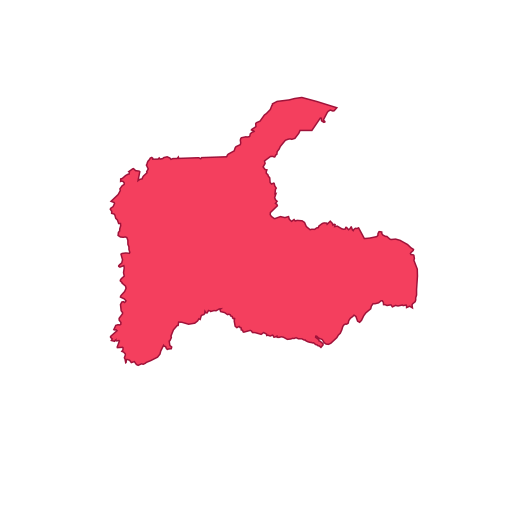 outline of Teotlalco, Puebla, Mexico, rotated 220°
{"feature_id": "50627088B33545228853409", "entity_name": "Teotlalco", "entity_type": "district", "adm_level": 2, "iso_a3": "MEX", "parent_name": "Mexico", "parent_adm1": "Puebla", "projection": "equal_earth", "projection_center": [-98.836, 18.449], "detail": "fine", "context": "isolated", "style": "filled", "palette": "rose", "viewbox_px": 512, "rotation_deg": 220, "n_neighbors": 0, "source": "geoboundaries", "source_scale": "gbopen_adm2", "svg_char_len": 6150}
<svg xmlns="http://www.w3.org/2000/svg" viewBox="0 0 512 512"><g transform="rotate(220 256 256)"><path d="M315.7,100.9L315.1,100.2L312.8,100.0L312.5,98.3L309.6,99.7L309.8,100.4L309.5,101.4L309.3,100.9L308.4,101.2L306.6,103.2L306.0,103.1L303.8,97.0L303.3,96.7L299.5,100.3L299.0,100.3L297.6,98.7L297.5,96.7L295.7,97.3L293.2,97.0L292.4,96.1L291.4,93.4L290.0,92.8L287.2,90.5L287.1,90.9L288.7,93.4L287.9,94.1L285.8,94.9L283.0,94.2L281.3,96.9L277.8,96.0L276.0,96.5L274.4,99.8L272.8,100.6L271.8,102.8L271.6,104.0L269.4,108.2L266.4,115.2L266.5,119.1L267.9,122.0L269.4,128.2L268.2,127.9L267.0,128.5L265.7,127.7L263.9,127.4L263.2,128.6L261.3,130.5L262.1,132.1L264.5,132.1L267.8,135.0L267.5,135.8L268.4,139.1L269.7,140.1L271.8,146.4L271.7,152.0L271.0,152.8L272.8,155.6L270.4,157.5L263.8,160.4L259.7,165.2L259.0,168.7L259.4,171.2L258.0,171.5L259.5,174.9L259.4,175.9L258.3,177.7L258.3,178.9L259.5,180.8L258.0,180.3L256.9,180.9L257.3,183.8L255.6,184.5L255.1,184.3L253.1,187.2L251.4,188.4L250.1,191.9L249.0,193.0L249.2,191.8L247.4,190.7L243.6,192.5L240.1,192.8L239.5,193.8L238.0,194.5L236.9,193.8L235.2,194.4L234.2,193.5L233.1,193.4L232.9,194.1L232.2,194.4L230.9,192.2L226.8,188.8L224.6,188.8L223.7,191.2L222.0,190.9L221.7,191.4L220.9,191.3L219.9,189.9L218.5,190.4L217.0,189.6L216.4,189.8L212.6,195.3L211.3,195.6L209.5,195.1L207.5,196.7L201.7,199.3L200.9,202.3L197.6,202.9L196.7,202.0L195.9,203.0L193.7,203.8L192.5,206.0L191.8,206.1L190.2,205.3L189.5,205.9L188.4,208.1L187.5,207.3L186.0,208.5L184.7,210.4L182.8,211.4L178.4,212.3L176.0,214.8L175.1,216.4L173.8,217.3L172.8,219.2L170.4,219.8L167.7,222.0L165.0,222.6L164.3,223.3L163.2,223.1L161.0,223.7L158.8,224.7L158.2,225.3L157.0,225.6L156.2,226.5L153.4,226.5L151.9,227.2L150.8,227.1L149.7,227.8L147.5,227.7L147.5,231.0L148.4,231.9L152.1,231.9L153.3,231.5L153.9,232.2L158.1,232.0L158.7,233.0L158.0,233.6L155.3,233.4L151.5,234.6L148.0,233.4L145.7,233.6L143.7,234.9L142.6,237.3L141.6,245.4L142.1,248.3L141.8,251.0L142.8,254.6L144.2,257.8L144.4,259.8L143.7,261.4L142.7,262.1L142.2,263.9L143.4,266.1L143.7,269.0L143.0,271.8L142.9,273.7L140.6,273.9L136.3,271.4L134.0,271.8L133.8,274.5L135.1,279.6L135.3,283.1L134.2,289.3L135.4,291.7L135.7,294.7L134.1,296.0L132.0,298.9L131.4,302.1L130.5,302.9L128.6,302.3L127.0,300.7L125.8,301.7L123.8,302.3L121.3,305.3L118.8,304.7L117.4,307.8L115.1,309.0L112.4,312.5L111.4,312.6L109.5,314.9L108.7,314.6L107.5,313.3L106.0,316.3L102.8,316.8L105.0,318.8L105.3,320.0L104.7,323.3L105.4,325.0L106.8,326.6L107.9,329.3L111.6,333.7L119.4,344.4L124.0,349.6L132.3,354.2L133.0,355.8L135.5,358.0L136.4,357.9L138.2,356.7L139.3,357.1L139.5,358.3L139.1,361.2L139.6,362.3L142.6,361.9L147.1,362.2L155.7,360.6L159.9,358.7L163.2,355.4L164.2,355.0L168.4,355.1L169.3,354.3L172.1,353.6L174.0,354.0L175.1,355.2L176.9,354.2L177.4,353.7L177.0,351.7L175.8,350.0L176.0,348.4L180.5,342.7L184.2,339.0L195.5,343.5L196.4,341.9L197.7,341.1L198.1,339.2L197.8,337.9L198.8,337.9L201.6,339.5L201.9,339.0L201.5,337.5L202.0,335.6L205.0,336.1L205.6,335.6L205.0,334.1L205.9,332.9L207.8,332.0L213.0,331.1L214.6,329.1L215.6,330.9L216.6,330.5L216.9,329.1L218.8,330.1L221.5,330.4L221.9,326.0L223.0,326.6L225.1,325.1L226.1,323.6L227.1,319.4L226.5,317.8L227.6,316.5L228.2,314.1L230.4,312.4L231.5,310.9L236.4,310.9L240.4,312.9L243.3,312.6L247.3,309.8L248.5,308.0L250.3,308.4L251.0,305.4L254.0,305.5L256.4,307.1L258.5,304.0L262.6,301.9L265.5,296.9L266.1,296.4L269.6,296.2L271.7,296.8L272.9,298.5L271.9,308.2L273.2,309.0L274.9,308.8L275.0,311.5L276.9,311.5L279.2,312.6L280.7,316.4L281.0,315.5L281.3,315.7L283.9,319.5L284.1,321.0L286.6,321.7L288.8,323.3L289.3,323.2L290.4,321.1L292.5,321.4L295.7,324.7L297.9,325.1L299.1,325.9L301.3,326.0L302.3,327.1L303.0,329.0L304.5,328.1L307.8,328.8L308.5,332.7L310.6,334.3L308.9,341.5L307.3,343.0L305.6,343.6L305.3,344.1L305.8,346.0L305.4,347.3L306.9,349.6L307.0,352.7L307.8,355.6L307.9,363.5L306.4,366.2L305.2,367.6L303.6,368.4L301.8,371.1L302.1,377.5L303.0,380.5L293.9,388.1L295.4,403.0L294.6,403.5L292.8,401.7L292.0,401.7L290.0,402.0L289.4,402.8L289.7,403.3L291.6,403.4L292.0,404.2L293.7,411.9L293.7,413.3L292.9,415.5L290.3,416.5L289.5,417.5L289.4,421.5L308.6,413.5L322.8,406.9L327.7,401.4L330.9,396.9L339.2,388.0L341.2,383.1L340.5,382.3L340.6,381.6L339.2,377.4L339.6,371.8L340.2,369.4L339.6,361.9L341.4,358.3L341.3,357.2L339.2,355.0L340.7,350.1L340.5,349.6L338.3,350.4L337.5,350.2L338.6,348.0L338.9,345.9L337.8,344.0L337.9,343.0L339.4,341.3L340.3,340.9L343.2,337.2L343.2,336.2L342.5,334.7L340.4,332.8L339.6,331.2L341.6,326.9L341.5,325.5L340.3,322.5L342.7,316.3L342.8,315.1L342.3,313.1L360.9,296.4L360.8,295.1L361.1,294.8L363.0,294.5L377.9,281.1L379.1,281.9L379.0,280.1L382.4,277.1L383.2,275.4L385.0,275.7L387.8,274.9L389.9,272.1L390.1,270.7L391.7,268.6L393.2,268.9L393.3,267.2L397.3,263.8L397.8,264.5L399.2,264.5L399.9,263.1L399.6,261.3L399.7,259.3L399.3,257.8L398.5,256.1L398.4,255.2L394.5,253.4L394.0,250.4L393.0,249.7L393.6,245.0L393.4,243.3L392.8,242.0L394.3,239.9L394.8,237.9L399.2,245.9L400.1,245.9L403.1,244.0L406.0,244.2L406.5,243.5L407.7,238.9L407.0,239.0L405.9,237.3L406.7,236.2L407.6,233.8L408.3,229.4L409.2,228.1L407.7,226.2L407.5,226.7L405.5,227.7L403.9,227.3L403.0,226.0L403.7,223.8L403.4,220.0L402.0,218.9L401.1,214.5L402.2,204.7L399.0,205.8L398.1,205.3L397.2,202.0L398.0,199.0L397.6,198.1L395.3,197.5L394.0,195.9L391.8,196.9L390.3,196.6L387.7,194.7L385.3,194.5L382.1,192.6L380.7,193.8L379.1,192.2L377.8,189.2L376.5,187.4L376.6,185.7L374.9,183.1L372.1,183.4L369.6,185.1L368.4,186.6L366.8,187.1L364.3,185.7L361.5,182.5L359.3,181.4L357.5,179.3L355.0,177.7L354.7,176.7L357.7,174.6L360.2,171.9L360.6,170.6L355.8,167.3L354.4,164.4L354.9,161.7L354.9,160.2L354.5,159.8L353.1,160.0L351.1,163.6L349.3,162.2L346.8,158.1L344.0,155.9L344.6,152.2L344.4,150.3L343.9,149.7L341.3,149.5L341.1,149.1L336.7,149.1L334.8,147.8L333.8,144.3L334.0,139.6L333.9,138.2L333.4,137.4L329.3,138.5L326.8,138.1L326.6,137.1L326.9,135.8L328.2,135.8L329.2,134.5L328.6,131.7L324.1,127.4L321.9,126.9L321.1,125.9L320.8,120.3L319.6,118.9L316.8,118.3L315.7,116.8L316.0,115.7L317.6,114.6L318.8,112.7L317.6,108.2L316.4,108.7L315.9,109.6L314.4,109.5L315.7,100.9Z" fill="#f43f5e" stroke="#9f1239" stroke-width="1.5"/></g></svg>